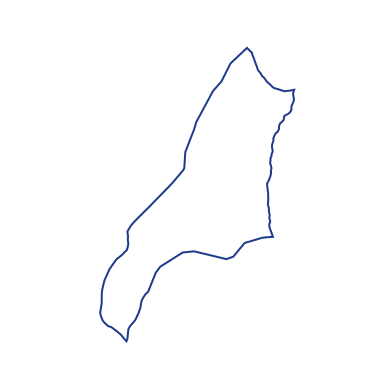 outline of Rosana, São Paulo, Brazil, rotated 334°
{"feature_id": "56859067B29082905480685", "entity_name": "Rosana", "entity_type": "district", "adm_level": 2, "iso_a3": "BRA", "parent_name": "Brazil", "parent_adm1": "São Paulo", "projection": "mercator", "projection_center": [-52.819, -22.481], "detail": "fine", "context": "isolated", "style": "outline", "palette": "blue", "viewbox_px": 384, "rotation_deg": 334, "n_neighbors": 0, "source": "geoboundaries", "source_scale": "gbopen_adm2", "svg_char_len": 2087}
<svg xmlns="http://www.w3.org/2000/svg" viewBox="0 0 384 384"><g transform="rotate(334 192 192)"><path d="M328.6,144.9L324.3,143.8L321.6,142.7L319.4,142.1L317.2,140.0L315.0,137.9L311.6,134.8L310.5,133.2L309.8,130.8L308.8,128.4L307.6,125.4L306.9,121.0L305.8,118.5L305.7,115.3L304.8,111.6L304.9,109.8L305.3,107.7L305.5,104.2L305.8,102.3L306.3,97.8L306.3,95.6L306.9,93.1L304.6,86.6L283.0,93.3L267.0,105.5L255.2,110.4L226.4,131.1L221.0,137.0L219.5,138.4L215.4,142.1L205.0,151.8L203.6,153.0L195.5,167.2L193.8,168.5L177.8,175.5L173.3,177.2L171.2,177.9L151.8,184.8L149.5,185.7L144.4,187.5L140.4,188.8L138.9,189.3L126.9,193.5L122.3,195.5L116.6,199.2L115.1,203.8L113.6,206.3L112.7,208.7L111.9,211.0L109.4,214.1L108.0,215.6L104.5,216.7L102.4,217.6L94.4,219.5L88.1,222.9L86.1,224.0L84.0,225.2L74.9,232.8L73.0,234.9L71.1,237.2L68.6,240.3L67.2,242.4L66.0,244.5L62.2,252.2L56.7,260.0L56.1,261.7L55.5,265.9L55.4,268.5L56.1,271.4L57.9,275.9L60.2,277.9L63.9,285.3L65.6,289.3L66.7,294.1L67.7,297.4L69.4,295.9L74.8,287.2L77.9,285.2L81.1,283.9L84.9,282.2L91.1,277.2L94.7,273.6L98.9,267.7L102.4,265.2L105.0,263.7L108.9,262.4L124.1,248.6L130.8,245.2L155.3,242.5L157.1,242.3L167.8,246.2L185.5,260.8L193.5,267.4L195.8,267.7L200.9,268.2L209.6,264.2L217.0,260.9L234.9,263.9L236.4,264.4L239.2,265.4L245.1,267.8L246.1,258.3L246.5,256.5L247.6,254.5L249.1,253.4L249.7,251.3L250.3,248.8L251.6,247.0L252.2,245.0L252.8,242.6L254.0,240.3L254.8,236.3L255.7,234.9L256.8,233.0L257.6,231.4L258.7,229.1L259.9,226.6L260.7,224.0L261.7,221.2L263.0,217.5L264.9,216.2L267.2,214.2L268.8,212.8L271.5,209.5L272.1,207.7L273.9,205.4L274.5,202.8L274.9,200.1L276.1,198.6L276.9,196.8L278.0,195.5L279.3,194.4L280.2,192.7L281.6,191.7L282.6,190.4L283.4,187.2L284.5,184.9L285.9,183.3L287.6,181.7L288.6,179.5L291.0,177.3L293.1,175.9L295.4,175.4L297.9,173.4L299.2,170.9L301.1,169.0L303.5,168.4L306.0,167.4L307.1,165.7L308.3,164.2L310.2,163.9L312.1,164.0L314.3,163.6L316.2,162.7L317.5,161.4L318.3,159.9L319.1,158.4L322.7,155.4L324.4,153.2L325.2,150.2L325.7,148.5L326.9,146.7L328.6,144.9Z" fill="none" stroke="#1e3a8a" stroke-width="2"/></g></svg>